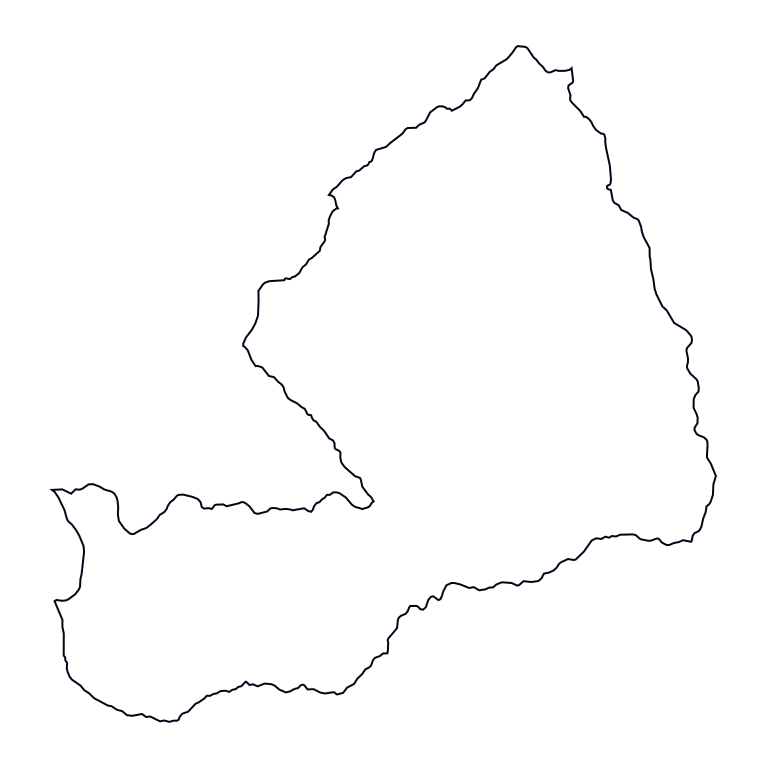 Mariscal Luzuriaga, Áncash, Peru
{"feature_id": "86281439B99207527213324", "entity_name": "Mariscal Luzuriaga", "entity_type": "district", "adm_level": 2, "iso_a3": "PER", "parent_name": "Peru", "parent_adm1": "Áncash", "projection": "equal_earth", "projection_center": [-77.351, -8.856], "detail": "fine", "context": "isolated", "style": "outline", "palette": "ink", "viewbox_px": 768, "rotation_deg": 0, "n_neighbors": 0, "source": "geoboundaries", "source_scale": "gbopen_adm2", "svg_char_len": 6050}
<svg xmlns="http://www.w3.org/2000/svg" viewBox="0 0 768 768"><path d="M715.9,476.0L710.8,463.6L706.9,457.4L707.5,445.3L707.4,442.1L706.7,439.9L703.9,437.3L698.0,435.0L696.2,433.3L694.5,430.2L694.6,427.7L697.4,423.3L697.7,417.9L696.6,414.1L693.6,407.9L693.7,399.2L695.4,395.0L698.5,391.6L698.8,388.4L697.8,381.8L696.7,379.5L690.3,373.6L687.1,368.1L687.0,365.6L687.9,362.7L688.0,358.3L686.4,350.7L687.0,348.1L691.3,343.1L692.0,340.6L691.7,337.5L690.8,335.5L686.1,330.1L674.1,322.9L666.8,310.5L662.4,306.4L656.4,294.3L654.6,288.6L653.3,278.8L651.0,269.2L650.4,259.8L649.7,256.8L649.6,248.1L643.7,237.1L641.9,231.8L641.1,226.8L638.7,220.5L637.5,219.2L633.5,217.6L627.8,212.9L621.3,210.0L618.7,205.3L614.3,202.8L612.8,200.3L610.8,189.9L608.1,189.2L607.0,188.0L607.2,185.9L609.7,184.7L610.4,183.7L611.0,179.7L609.8,165.4L606.1,148.3L605.2,141.8L605.4,138.4L604.3,134.6L602.8,133.7L600.9,133.5L596.1,130.0L593.1,125.8L591.3,121.9L589.0,119.1L586.3,116.9L584.0,116.8L580.4,111.1L572.4,103.1L570.3,100.3L570.1,97.9L570.5,95.5L568.1,88.0L568.6,85.4L572.5,82.6L573.2,81.3L571.6,68.1L569.6,69.9L564.4,70.9L558.8,70.9L555.6,70.1L550.3,72.4L547.9,72.4L545.3,70.5L543.0,67.0L538.9,63.2L536.3,59.6L533.9,57.8L527.3,48.0L525.2,46.9L517.7,46.1L516.1,47.2L512.3,52.8L506.9,59.1L496.3,65.4L493.5,69.2L489.7,71.9L484.7,78.3L481.1,79.8L477.8,88.4L473.9,93.8L472.1,97.9L470.7,99.5L468.9,100.4L465.6,100.5L462.2,104.7L459.8,106.7L451.9,110.7L449.8,108.7L446.8,108.7L445.4,107.4L442.7,106.4L439.3,106.3L437.0,107.2L430.1,112.4L425.8,120.8L424.4,122.5L419.0,124.9L416.1,127.8L407.7,128.0L405.5,129.3L402.5,133.6L390.1,143.1L386.1,146.9L376.1,149.9L374.3,152.7L372.1,160.3L371.1,161.6L369.4,162.0L368.3,164.4L367.2,165.4L364.0,166.3L359.3,170.5L356.2,171.4L351.1,177.1L346.1,178.1L342.5,180.3L336.8,186.8L332.8,189.5L328.9,195.0L331.6,195.6L334.0,197.2L335.2,199.9L336.3,205.4L337.9,208.4L336.4,208.5L332.8,211.2L330.1,216.1L328.7,220.1L328.8,223.9L324.6,237.2L325.2,239.5L324.6,241.3L320.4,247.2L319.8,250.8L311.8,258.0L308.9,259.6L306.1,264.3L302.4,267.4L299.2,273.1L294.9,276.5L292.4,277.1L289.9,279.1L285.9,278.3L284.9,278.9L284.3,280.2L269.2,281.2L264.8,282.8L262.8,284.6L258.4,291.0L258.6,301.0L258.0,315.7L255.3,323.5L251.8,329.9L246.1,337.3L243.3,343.5L243.2,346.0L244.9,347.0L247.8,350.4L251.5,360.0L255.6,366.1L258.0,366.0L262.3,367.5L268.9,376.0L273.9,377.1L278.1,381.7L281.7,384.5L283.6,387.3L284.6,391.4L287.8,397.9L290.8,400.2L296.9,403.2L301.8,407.3L304.8,408.8L307.3,414.0L308.3,414.8L311.1,415.2L312.0,418.0L313.6,420.4L316.1,421.6L320.1,427.0L324.3,431.1L329.2,438.4L333.1,440.5L334.5,443.2L334.7,447.9L335.8,449.3L339.1,450.7L340.5,452.7L340.3,457.3L341.1,461.8L341.9,463.2L344.6,467.0L355.1,476.2L359.9,477.9L360.9,479.8L362.3,486.7L368.2,494.6L371.1,497.1L373.6,501.4L371.7,502.9L369.7,506.2L368.0,507.3L362.4,509.0L355.0,506.8L351.8,504.6L345.8,497.5L339.7,493.3L337.2,492.5L333.4,492.3L329.7,494.9L326.9,494.9L324.6,497.8L321.9,499.4L319.6,502.1L316.5,503.1L314.1,506.2L312.7,510.0L311.1,511.8L308.2,511.0L304.2,508.3L292.5,510.3L290.6,509.5L285.5,508.9L280.1,509.5L276.9,508.3L273.4,508.0L270.5,508.3L267.1,511.5L257.7,513.9L254.5,513.0L249.6,506.5L245.7,503.3L243.1,502.1L241.3,502.1L239.3,503.2L226.7,506.2L223.1,504.4L216.0,504.7L214.7,505.2L211.8,509.0L208.6,508.1L204.1,508.6L201.8,507.1L200.5,502.0L197.6,498.9L192.2,496.8L183.1,494.6L178.6,494.9L176.8,495.9L173.5,499.8L170.2,502.2L167.8,505.9L166.5,509.2L164.3,512.1L159.7,514.9L156.9,519.1L150.7,524.6L146.3,528.0L140.9,529.9L134.2,533.8L132.0,534.2L129.7,533.4L124.2,528.5L118.9,521.0L117.9,514.6L118.2,506.9L117.5,500.6L116.4,496.9L114.4,493.7L111.8,491.7L104.4,489.5L99.5,486.6L93.2,484.2L88.6,484.4L81.7,489.1L79.0,489.7L75.7,489.3L71.1,493.7L62.4,489.4L52.1,489.9L54.6,491.9L58.4,497.4L64.5,510.1L66.9,518.9L68.1,521.2L71.8,524.4L75.8,529.7L79.2,535.5L83.5,545.9L84.1,551.7L81.6,574.2L80.4,579.3L80.0,586.9L79.0,589.3L75.3,594.2L68.4,599.3L65.9,600.4L62.2,600.8L56.4,600.0L54.6,601.2L62.4,619.8L62.4,626.7L63.8,633.6L63.7,655.6L65.2,657.5L65.3,660.1L67.1,663.1L66.8,668.5L67.7,672.2L69.7,676.8L71.9,679.6L80.6,685.7L84.2,690.1L89.1,693.3L94.1,698.2L108.0,705.6L111.3,706.1L117.0,709.8L122.1,711.1L127.0,715.2L132.4,715.8L142.0,714.0L146.1,717.0L150.2,716.5L160.0,721.3L164.4,720.5L169.2,721.9L173.8,720.6L176.6,720.8L178.5,719.8L179.8,716.7L182.3,713.7L188.1,711.7L195.6,703.7L198.5,702.5L204.3,698.5L206.7,695.8L210.1,695.8L213.4,694.0L216.7,693.4L220.5,691.1L225.3,690.7L229.3,691.9L232.2,689.8L235.8,689.1L238.1,687.0L241.4,686.2L245.6,681.7L246.5,682.0L249.5,685.0L253.0,684.3L257.6,686.3L264.7,683.6L271.4,684.2L274.8,685.7L279.3,689.6L285.9,692.4L290.0,691.4L294.4,689.0L298.1,688.0L300.8,685.3L302.7,684.6L304.4,685.3L307.5,689.4L313.7,689.2L320.1,692.5L324.9,693.5L333.4,692.2L334.8,692.6L336.5,694.3L337.8,694.3L343.2,692.8L347.1,687.6L354.1,683.9L357.3,678.7L362.4,673.8L365.3,669.4L369.0,667.5L370.9,665.8L373.0,660.2L375.0,657.8L380.0,656.0L383.1,653.4L387.3,653.4L387.9,650.6L388.2,642.8L387.7,640.3L388.1,638.7L397.0,628.2L397.9,620.0L398.7,617.9L400.8,615.9L405.7,613.8L407.9,610.9L409.2,607.3L410.3,606.0L416.2,605.9L418.2,606.8L420.2,609.1L423.0,609.7L425.8,607.3L428.2,600.1L430.8,596.9L433.3,596.3L438.5,600.1L440.4,599.2L441.9,596.0L443.3,591.3L446.4,585.3L451.4,583.0L454.3,583.0L459.9,584.3L469.3,588.0L473.6,587.1L479.3,590.3L485.6,589.3L488.8,587.7L493.2,587.3L496.3,584.5L501.8,582.3L511.6,583.0L517.3,585.6L519.0,585.2L523.5,581.2L531.5,582.0L538.5,581.0L541.5,578.3L544.0,573.6L548.7,572.7L553.5,570.5L556.6,567.7L559.1,563.8L561.2,562.2L568.0,559.0L573.7,560.0L575.6,559.6L583.9,551.6L591.8,540.4L596.3,538.3L601.2,539.0L605.4,536.7L609.0,537.7L612.0,536.0L615.9,536.5L620.3,534.7L632.9,534.4L635.7,535.1L640.4,539.2L648.5,540.8L650.7,540.7L656.8,538.5L658.6,538.7L662.0,542.6L666.7,545.1L669.5,544.9L673.9,543.0L679.1,542.0L683.1,540.2L691.0,541.8L691.8,540.5L692.6,536.1L694.2,533.4L699.2,530.8L701.3,527.0L703.2,518.6L705.7,512.0L706.5,506.4L709.1,504.3L710.5,502.2L712.9,495.1L713.4,484.3L715.9,476.0Z" fill="none" stroke="#020617" stroke-width="2"/></svg>